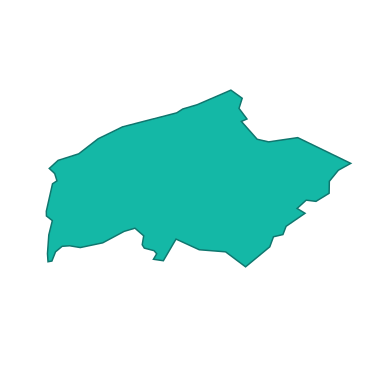 the district of Gloucester, Virginia, United States of America, rotated 107°
{"feature_id": "52423323B10302998803932", "entity_name": "Gloucester", "entity_type": "district", "adm_level": 2, "iso_a3": "USA", "parent_name": "United States of America", "parent_adm1": "Virginia", "projection": "equal_earth", "projection_center": [-76.514, 37.422], "detail": "fine", "context": "isolated", "style": "filled", "palette": "teal", "viewbox_px": 384, "rotation_deg": 107, "n_neighbors": 0, "source": "geoboundaries", "source_scale": "gbopen_adm2", "svg_char_len": 841}
<svg xmlns="http://www.w3.org/2000/svg" viewBox="0 0 384 384"><g transform="rotate(107 192 192)"><path d="M83.2,184.6L107.1,212.7L115.3,225.1L120.8,229.8L150.0,277.5L168.5,297.3L188.6,311.5L200.9,329.3L211.2,335.4L214.5,328.7L220.8,324.4L224.9,327.8L253.0,325.7L257.5,324.2L260.2,317.2L274.9,316.4L293.2,312.2L300.8,309.3L299.0,305.8L289.1,305.0L281.9,300.3L279.2,293.3L277.8,282.6L266.7,262.5L249.5,245.4L243.3,236.0L248.0,225.4L257.0,224.2L259.6,221.2L259.2,211.1L261.4,207.7L267.6,209.2L266.1,199.3L241.7,193.5L245.1,168.2L239.4,142.4L247.9,118.9L221.7,101.6L211.0,101.0L206.1,92.6L197.3,92.0L179.3,77.7L177.0,86.7L166.4,80.4L164.7,70.7L153.1,60.5L141.6,63.8L128.4,58.4L118.2,48.6L109.1,106.8L121.7,133.5L122.5,145.1L110.1,165.4L106.1,160.8L98.3,171.5L87.7,171.4L83.2,184.6Z" fill="#14b8a6" stroke="#0f766e" stroke-width="1.5"/></g></svg>